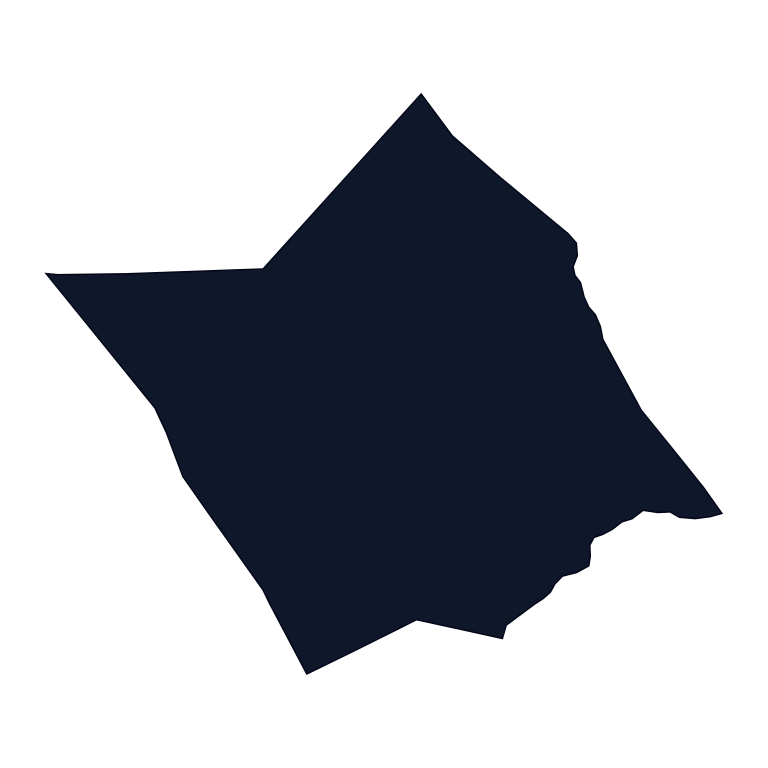 Ribeirópolis, Sergipe, Brazil
{"feature_id": "56859067B98890234621951", "entity_name": "Ribeirópolis", "entity_type": "district", "adm_level": 2, "iso_a3": "BRA", "parent_name": "Brazil", "parent_adm1": "Sergipe", "projection": "mercator", "projection_center": [-37.4, -10.498], "detail": "fine", "context": "isolated", "style": "filled", "palette": "ink", "viewbox_px": 768, "rotation_deg": 0, "n_neighbors": 0, "source": "geoboundaries", "source_scale": "gbopen_adm2", "svg_char_len": 825}
<svg xmlns="http://www.w3.org/2000/svg" viewBox="0 0 768 768"><path d="M263.0,589.9L269.2,602.8L306.8,674.0L358.7,648.6L400.8,627.6L416.4,619.7L446.9,626.3L502.4,638.5L506.2,625.2L534.1,604.5L543.3,598.4L550.3,592.3L554.9,583.9L562.5,576.1L576.7,572.5L588.8,565.8L590.3,556.1L589.8,545.2L593.9,537.5L603.1,534.2L612.2,529.4L621.8,521.9L632.1,518.7L643.1,510.3L657.9,512.5L670.0,511.9L679.4,517.3L695.2,518.6L710.0,516.7L721.9,513.4L703.5,487.5L673.3,449.8L641.3,410.3L602.8,339.3L600.4,326.6L595.4,314.8L588.8,307.3L584.1,297.0L580.5,282.6L574.9,275.3L573.1,266.6L577.3,255.8L576.4,243.1L568.1,233.7L500.6,177.8L452.3,135.9L421.2,94.0L263.0,269.0L233.4,270.0L208.8,270.9L126.2,273.8L57.7,274.7L46.1,273.6L154.9,407.9L166.5,432.9L182.9,476.6L209.3,514.3L263.0,589.9Z" fill="#0f172a" stroke="#020617" stroke-width="1.5"/></svg>